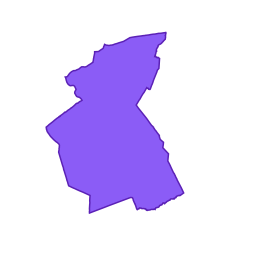 the district of Victor Vlad Delamarina, Timis, Romania, rotated 151°
{"feature_id": "2599482B6245174477067", "entity_name": "Victor Vlad Delamarina", "entity_type": "district", "adm_level": 2, "iso_a3": "ROU", "parent_name": "Romania", "parent_adm1": "Timis", "projection": "equal_earth", "projection_center": [21.849, 45.603], "detail": "fine", "context": "isolated", "style": "filled", "palette": "violet", "viewbox_px": 256, "rotation_deg": 151, "n_neighbors": 0, "source": "geoboundaries", "source_scale": "gbopen_adm2", "svg_char_len": 5638}
<svg xmlns="http://www.w3.org/2000/svg" viewBox="0 0 256 256"><g transform="rotate(151 128 128)"><path d="M49.2,193.4L52.4,194.6L53.1,194.8L55.5,196.0L58.9,197.1L60.6,197.9L63.3,198.9L64.2,199.1L64.9,199.4L66.4,200.0L67.4,200.4L67.8,200.6L68.3,200.7L69.9,201.4L70.9,201.8L71.3,201.9L71.8,202.1L75.5,203.6L80.4,205.4L82.0,205.9L82.4,206.1L89.9,205.9L95.5,207.1L96.0,207.1L98.9,207.8L101.2,208.1L101.5,208.3L102.1,208.4L102.8,208.8L103.8,209.1L104.3,209.3L104.7,209.4L105.4,210.0L106.8,211.0L107.0,211.2L107.9,212.5L108.4,212.1L108.7,211.7L109.8,211.0L110.6,210.1L110.9,209.9L111.4,209.7L112.0,209.6L112.8,209.6L114.9,209.4L115.4,209.3L116.6,209.2L117.6,209.6L120.2,210.9L120.7,210.0L120.9,209.6L122.8,207.4L123.5,206.6L123.8,206.1L124.6,205.3L125.7,203.7L126.3,203.2L126.9,202.4L128.2,202.4L129.6,202.2L130.6,202.2L132.5,202.1L133.0,202.0L133.8,201.9L134.4,201.9L135.3,202.0L136.1,202.2L137.3,203.1L138.5,203.8L139.0,204.0L140.4,203.8L142.4,203.4L144.4,203.7L145.7,203.7L146.3,203.8L146.8,204.0L147.6,204.5L148.5,204.6L150.1,204.6L151.3,204.4L152.8,204.0L156.1,202.4L156.5,202.4L158.2,203.0L158.2,202.5L158.2,201.9L158.9,199.6L159.3,197.5L159.2,195.5L159.0,194.8L158.4,193.5L158.1,193.1L157.7,192.8L156.1,192.2L155.3,191.8L154.9,191.4L154.5,190.4L154.5,190.0L154.7,187.0L154.8,186.9L156.4,185.8L157.1,185.3L157.6,184.5L157.7,184.3L157.7,183.9L157.7,181.5L157.6,181.0L157.6,180.6L157.2,179.9L155.7,178.4L155.2,177.4L154.8,175.7L154.8,175.1L154.8,174.5L157.1,174.4L157.2,174.5L157.5,174.5L157.8,174.5L158.1,174.4L160.0,174.0L160.2,174.3L160.5,174.4L161.8,174.4L162.6,174.1L163.9,173.8L164.1,173.7L167.1,173.1L167.7,173.2L167.8,173.0L168.5,173.0L170.3,172.7L171.5,172.7L173.2,172.4L173.8,172.2L174.4,172.2L175.4,172.1L175.5,172.4L175.8,172.5L176.2,172.3L178.6,171.8L182.4,171.4L182.2,171.1L185.0,171.0L188.1,170.5L191.0,169.9L195.6,169.2L196.5,168.9L199.2,168.4L199.3,167.4L199.8,167.0L199.9,166.8L199.9,165.8L200.1,165.4L200.2,165.0L200.3,164.6L200.4,163.5L200.2,163.1L200.3,162.3L200.1,161.3L199.9,159.0L199.8,158.3L199.6,157.3L199.0,155.3L198.9,154.7L198.5,153.4L198.2,152.6L197.8,151.4L197.5,150.8L197.4,150.4L196.9,149.7L196.6,148.6L196.5,148.2L196.3,147.7L196.2,147.5L196.3,146.3L196.6,145.7L197.0,145.3L197.2,144.6L198.1,143.8L198.5,142.9L199.0,142.2L200.1,140.9L200.4,140.4L202.3,131.9L203.3,127.4L203.8,124.5L204.0,124.0L204.4,122.8L204.6,121.6L204.6,121.2L204.8,120.6L206.0,114.8L206.5,112.7L206.7,112.2L207.0,110.2L207.4,108.7L207.9,106.2L206.0,103.5L201.0,96.8L198.6,93.8L193.9,87.4L196.6,83.2L197.7,80.9L198.3,80.1L199.2,78.7L200.9,76.0L201.7,74.3L202.3,73.6L202.6,73.0L202.9,72.3L187.6,70.1L182.4,69.4L159.5,66.0L159.0,65.6L158.5,65.4L158.2,65.2L157.9,64.7L158.1,63.0L158.4,62.3L158.8,58.1L158.7,58.1L159.2,54.9L159.4,54.3L159.6,52.6L159.5,52.1L159.4,52.1L159.1,52.1L158.9,52.3L158.5,52.2L158.0,52.3L157.7,52.0L157.0,52.4L156.7,52.5L156.6,52.4L156.3,52.1L155.8,51.9L155.5,51.8L155.4,51.7L155.4,51.3L155.2,51.0L154.9,50.8L154.5,50.5L153.9,50.3L153.5,50.0L153.1,49.8L152.8,49.3L152.4,49.3L152.2,49.2L151.7,48.4L151.9,48.0L151.5,47.8L151.1,47.1L151.0,46.9L151.3,46.7L151.2,46.6L150.4,46.5L149.4,46.0L148.7,45.8L148.3,45.6L147.5,45.6L146.9,45.4L145.9,44.8L145.5,44.7L145.0,44.3L144.8,44.2L144.5,44.4L144.2,44.3L143.9,44.1L143.7,43.7L143.1,44.3L142.6,44.4L142.5,44.6L142.4,44.6L142.1,44.7L141.7,44.6L141.3,44.4L140.9,44.4L140.7,44.3L140.5,44.1L140.4,44.1L139.6,44.0L139.0,44.1L138.5,44.5L137.9,44.9L137.3,44.6L136.8,44.7L136.5,44.6L136.3,44.7L136.0,44.5L135.9,44.7L135.7,44.5L135.4,44.7L135.0,44.7L134.5,44.9L134.1,45.4L133.9,45.4L133.5,45.3L133.5,45.2L133.3,45.2L133.0,45.0L132.9,45.0L132.7,44.7L132.8,44.1L132.7,44.0L132.2,44.3L131.6,44.3L131.4,44.5L131.2,44.4L130.5,44.5L130.3,44.5L130.1,44.8L129.9,44.8L129.6,44.9L128.9,44.8L128.6,44.9L128.1,44.7L127.3,44.9L127.0,44.8L126.8,44.8L126.5,44.5L126.3,44.5L125.6,45.1L125.3,45.2L124.2,44.9L123.8,44.5L123.4,44.4L122.9,44.0L122.3,44.2L122.2,44.0L122.2,43.7L121.8,43.5L121.3,43.9L120.7,44.1L120.1,43.9L119.7,43.9L119.6,44.0L119.3,44.3L119.2,44.6L118.9,44.6L118.2,44.7L117.5,44.5L117.0,44.6L116.6,44.5L116.5,44.4L116.2,44.1L115.6,43.9L115.2,44.0L115.1,43.9L115.0,43.7L110.8,44.2L110.4,49.9L110.4,50.6L110.2,58.8L110.1,59.3L110.0,59.9L110.0,62.1L109.8,63.4L109.8,64.7L109.7,65.4L109.7,65.9L109.9,66.8L109.7,69.8L109.4,74.0L109.3,74.3L109.3,75.0L109.2,76.7L109.2,79.8L108.4,81.0L105.1,85.8L107.1,93.9L105.1,96.5L103.9,98.3L104.7,100.5L105.3,102.3L105.3,102.6L105.2,103.2L104.9,104.6L104.4,106.3L104.2,106.4L104.8,109.9L104.9,111.5L105.4,113.9L105.3,114.6L105.4,115.0L105.5,115.8L105.4,116.1L105.3,116.3L105.5,116.8L105.6,117.6L106.1,118.7L106.5,121.7L107.1,127.4L109.3,140.4L109.7,144.1L104.7,147.0L103.5,147.5L100.7,149.3L98.6,150.5L96.4,151.5L95.7,152.0L95.1,152.3L94.2,152.9L92.0,154.2L91.7,153.2L91.4,152.9L91.2,153.0L91.0,152.8L91.1,152.3L91.2,152.1L91.2,151.9L90.6,151.4L90.2,151.1L89.7,151.2L86.5,154.0L85.6,154.6L84.2,155.8L83.1,156.9L81.7,158.1L75.4,163.2L75.2,163.5L74.1,164.4L73.9,164.5L72.6,164.9L72.1,165.1L66.7,173.5L66.9,173.9L67.2,174.5L67.5,175.2L67.9,175.1L68.0,175.4L68.3,175.4L68.9,175.9L68.9,176.3L68.9,176.6L69.1,176.7L69.2,177.0L69.1,177.4L69.6,177.3L70.0,177.5L68.8,178.7L68.3,179.0L67.3,180.0L66.7,180.9L66.4,181.0L65.9,181.1L65.7,181.4L65.8,181.5L65.7,182.1L65.2,182.6L65.0,183.0L64.6,183.4L64.2,183.5L63.7,183.9L62.9,184.2L62.5,184.7L62.1,184.8L61.6,185.6L60.5,185.8L58.7,185.7L57.2,186.0L56.3,186.4L55.3,186.6L54.6,187.0L54.0,187.1L53.3,187.4L52.5,187.5L51.2,189.1L50.7,190.1L50.4,190.6L50.5,190.8L50.0,191.1L49.6,191.7L49.4,192.1L49.2,192.2L49.3,192.4L49.3,192.5L48.6,193.0L48.1,193.1L49.2,193.4Z" fill="#8b5cf6" stroke="#5b21b6" stroke-width="1.5"/></g></svg>